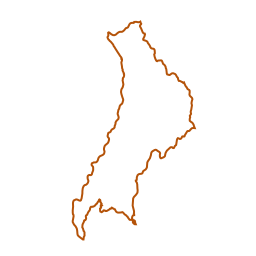 outline of Acará, Pará, Brazil, rotated 352°
{"feature_id": "56859067B44974097654288", "entity_name": "Acará", "entity_type": "district", "adm_level": 2, "iso_a3": "BRA", "parent_name": "Brazil", "parent_adm1": "Pará", "projection": "robinson", "projection_center": [-48.473, -2.034], "detail": "fine", "context": "isolated", "style": "outline", "palette": "amber", "viewbox_px": 256, "rotation_deg": 352, "n_neighbors": 0, "source": "geoboundaries", "source_scale": "gbopen_adm2", "svg_char_len": 5855}
<svg xmlns="http://www.w3.org/2000/svg" viewBox="0 0 256 256"><g transform="rotate(352 128 128)"><path d="M155.0,24.4L154.4,24.7L152.8,24.7L151.2,24.1L148.9,23.8L148.6,24.5L147.9,24.7L146.7,24.4L145.5,24.5L145.0,24.6L144.2,25.2L143.8,25.6L142.2,28.0L141.6,28.5L139.7,28.9L137.8,30.7L136.5,31.5L135.4,31.9L133.3,31.6L132.0,31.9L130.4,32.8L129.0,33.8L128.4,34.0L127.3,34.2L126.0,33.9L124.5,32.8L122.8,30.9L122.1,30.6L121.6,30.9L121.5,33.4L121.0,34.4L120.5,34.9L120.3,35.6L120.7,37.0L121.0,37.7L121.5,38.2L122.0,39.2L122.9,40.1L124.7,43.0L125.0,43.7L125.3,45.1L125.9,46.0L126.5,47.5L127.1,48.8L128.6,52.1L129.5,53.9L130.0,55.2L130.9,56.7L131.3,57.5L131.4,58.1L131.0,58.6L131.6,59.2L131.4,60.4L130.6,62.0L130.5,62.7L130.6,66.1L130.5,67.9L130.9,69.8L130.6,70.4L130.8,71.0L131.6,73.4L131.3,73.8L131.6,74.9L131.1,76.5L130.7,77.1L130.2,77.5L129.8,78.1L129.6,79.3L129.3,80.0L129.5,84.1L129.1,85.3L128.3,87.1L127.2,88.4L126.8,89.0L126.5,89.9L126.1,91.4L126.2,93.4L126.7,96.6L127.2,99.0L127.1,99.8L126.1,102.1L125.6,103.0L123.8,104.1L122.9,105.1L121.9,107.7L121.0,108.8L120.4,110.6L119.9,111.8L119.7,112.7L120.2,115.4L120.2,116.4L119.7,117.7L117.4,119.5L116.7,120.4L116.3,121.2L116.3,121.9L115.8,123.0L115.1,124.1L115.0,124.8L114.7,125.7L113.6,126.6L112.6,126.9L112.1,127.1L111.1,127.9L110.2,129.3L109.2,129.8L108.1,130.0L107.7,130.3L106.7,133.0L106.7,133.7L107.0,134.5L107.5,135.2L107.7,135.8L107.7,136.4L107.4,137.5L106.6,139.2L105.8,140.2L103.2,141.8L102.4,142.6L101.9,143.6L101.4,144.8L101.3,145.4L101.2,146.1L101.5,147.9L101.2,149.0L100.7,150.1L100.3,150.5L99.2,151.2L96.4,152.0L95.4,152.7L94.6,153.6L94.1,154.6L93.7,155.6L92.9,156.7L92.1,157.3L91.6,157.5L90.5,157.5L89.5,157.3L87.4,157.9L87.1,158.4L86.8,159.4L87.0,160.0L87.9,161.4L88.0,162.0L87.8,164.0L87.5,165.3L86.4,167.2L85.7,168.9L85.2,169.3L84.6,169.5L83.0,169.1L82.0,169.5L81.6,169.8L81.1,170.9L81.1,171.5L81.0,172.7L81.4,174.6L81.3,175.3L80.8,176.4L80.1,177.3L79.6,177.7L78.7,178.3L77.0,178.6L75.9,179.5L75.6,180.0L74.9,181.2L74.7,181.8L74.1,184.0L73.7,186.5L72.3,191.1L71.3,193.0L70.8,193.3L69.8,193.1L68.1,192.0L67.2,191.6L66.6,191.5L64.3,192.2L63.8,192.8L63.3,193.8L63.0,195.1L62.7,198.2L61.8,201.9L61.5,204.3L61.5,205.7L61.8,206.1L61.9,206.7L61.8,208.0L60.3,212.4L60.2,213.6L61.1,216.1L62.4,218.1L63.1,219.9L63.3,220.6L63.4,222.5L63.2,225.9L63.3,227.0L63.9,228.1L65.2,229.5L67.8,232.1L68.4,232.2L69.0,229.9L70.0,228.5L70.2,226.6L70.4,225.4L70.1,224.2L69.7,223.8L69.4,221.1L69.1,220.6L68.9,220.1L69.3,218.3L69.6,217.2L70.6,215.7L71.2,214.8L71.5,214.2L71.6,213.7L72.0,213.3L72.9,213.3L73.6,212.5L73.9,211.9L74.0,211.3L73.9,210.0L74.0,209.3L74.4,208.7L75.4,208.3L76.5,206.4L77.5,205.1L78.4,204.4L79.0,203.4L79.3,202.2L79.9,201.3L80.4,200.9L81.8,201.1L82.3,200.9L82.9,201.0L84.4,200.3L84.9,199.9L85.2,199.4L85.8,199.1L86.2,198.7L86.8,198.5L87.4,197.5L88.2,196.7L88.7,196.7L88.8,196.1L89.3,195.1L89.7,194.8L90.4,195.4L90.5,196.5L90.4,197.3L91.3,199.4L90.8,199.8L91.4,201.0L90.2,201.2L90.1,201.8L90.4,202.5L90.2,203.2L89.1,203.8L88.9,206.3L89.0,206.9L90.2,207.7L90.7,207.5L91.6,207.0L92.3,206.2L92.9,206.2L93.4,206.6L93.9,206.7L94.3,207.1L95.4,207.2L98.4,206.0L98.8,205.5L99.9,205.5L100.7,204.6L101.2,204.8L101.9,205.6L102.5,205.8L103.2,206.6L103.7,206.7L104.5,209.0L105.2,209.8L106.3,210.4L106.9,210.5L109.6,210.7L110.6,210.5L111.4,211.1L112.6,213.0L114.1,214.3L114.4,214.9L114.8,215.5L115.2,215.7L115.6,216.9L116.7,218.9L117.2,219.3L118.3,219.3L119.1,219.6L119.5,219.9L119.9,221.1L119.7,222.3L120.4,223.4L121.2,224.2L122.3,224.4L121.7,221.8L122.0,221.3L121.5,220.5L120.4,219.9L120.0,219.5L119.5,218.5L119.4,217.8L119.8,216.6L120.4,215.7L120.9,215.2L121.5,215.0L122.0,215.1L122.1,214.1L121.9,213.4L122.2,212.6L122.4,211.2L121.8,205.5L123.3,198.5L124.2,197.2L126.8,195.1L128.3,193.4L128.5,192.8L128.9,190.9L128.9,189.3L129.3,185.1L129.1,183.2L128.4,181.9L128.4,181.1L128.9,181.0L129.4,180.6L129.9,178.0L130.4,177.0L131.0,176.0L131.9,175.4L132.5,175.2L133.2,175.1L134.6,175.2L135.6,175.0L136.0,174.7L136.8,173.2L137.2,172.7L139.7,171.5L140.5,170.7L141.2,169.7L141.4,168.9L142.3,164.9L142.9,163.9L145.5,161.0L146.9,158.1L147.5,156.1L148.1,155.1L149.1,154.4L151.3,153.5L152.4,153.4L153.1,153.7L153.9,154.6L155.8,156.2L156.2,157.0L156.3,157.5L155.9,158.6L155.6,160.3L155.7,161.5L156.1,162.4L156.6,162.6L159.3,161.9L160.3,161.3L160.7,160.9L161.4,158.8L161.9,157.7L163.0,156.3L163.4,155.8L167.3,153.1L167.9,153.0L169.0,153.2L169.6,154.0L170.1,154.2L170.6,154.2L172.0,152.3L173.3,151.5L174.8,146.6L175.4,145.5L176.0,145.0L176.8,145.4L177.8,146.1L178.3,146.1L179.0,145.9L179.7,145.2L180.5,144.0L181.0,143.9L182.2,144.3L182.8,144.1L183.0,143.4L186.2,139.5L186.8,139.3L187.8,139.5L188.5,139.3L190.5,137.6L191.1,137.2L192.5,137.0L194.1,137.4L193.6,135.4L193.4,133.8L192.7,132.2L192.2,131.5L191.4,130.9L190.2,129.5L190.2,128.9L190.3,128.0L190.5,127.3L191.1,125.9L190.9,124.6L192.4,122.8L192.3,121.0L192.5,120.1L193.2,118.6L194.5,114.4L194.3,112.3L194.9,110.4L195.8,108.4L195.7,107.8L195.5,107.0L193.7,104.6L193.5,103.4L194.1,101.0L194.2,99.5L193.8,98.8L192.4,97.7L191.7,95.7L191.3,95.3L190.7,94.0L189.8,90.7L189.1,91.1L188.6,90.7L188.3,90.1L187.7,89.9L186.7,89.1L186.0,88.7L184.9,88.4L184.5,87.2L184.3,85.1L183.6,84.2L182.8,82.0L182.4,81.4L182.0,81.0L180.4,80.1L179.8,80.0L178.9,80.1L176.7,81.3L176.1,81.2L174.3,80.4L174.0,79.6L174.1,75.5L174.1,75.0L173.8,74.1L173.7,72.3L172.9,70.6L171.7,69.4L171.0,66.4L170.6,65.8L170.0,65.6L167.1,65.4L166.2,65.9L165.7,65.7L165.3,65.1L164.7,63.2L164.3,61.1L164.2,58.8L165.0,57.7L165.2,55.2L165.1,54.1L164.7,53.4L164.3,53.1L162.7,52.6L161.9,52.0L161.3,50.9L161.3,50.3L160.6,48.5L159.5,46.6L159.4,46.0L159.1,45.1L158.1,44.3L157.4,43.9L155.9,43.2L155.4,42.8L155.4,42.0L157.1,39.5L157.9,37.6L157.7,36.8L157.1,36.7L156.5,36.3L155.9,35.3L154.8,31.1L154.0,29.0L154.1,28.3L154.7,27.5L155.2,27.3L155.6,26.7L155.3,26.0L155.0,24.4Z" fill="none" stroke="#b45309" stroke-width="2"/></g></svg>